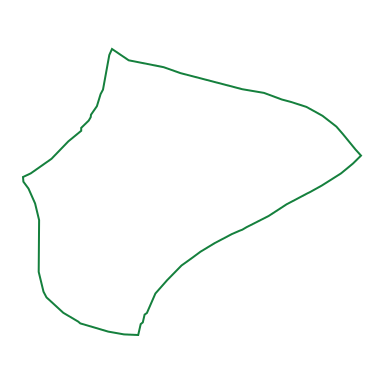 San Rafael La Independencia, Huehuetenango, Guatemala
{"feature_id": "79465075B73195694709107", "entity_name": "San Rafael La Independencia", "entity_type": "district", "adm_level": 2, "iso_a3": "GTM", "parent_name": "Guatemala", "parent_adm1": "Huehuetenango", "projection": "orthographic", "projection_center": [-91.52, 15.728], "detail": "fine", "context": "isolated", "style": "outline", "palette": "green", "viewbox_px": 384, "rotation_deg": 0, "n_neighbors": 0, "source": "geoboundaries", "source_scale": "gbopen_adm2", "svg_char_len": 865}
<svg xmlns="http://www.w3.org/2000/svg" viewBox="0 0 384 384"><path d="M138.2,335.0L140.7,324.1L142.8,322.4L144.6,314.6L146.9,313.0L155.4,293.5L167.2,280.1L181.5,265.5L192.8,257.4L200.5,251.7L214.7,243.1L231.8,234.1L239.4,230.8L242.3,229.7L246.7,227.1L268.6,216.0L286.6,204.3L307.5,193.3L309.6,192.3L321.7,185.6L329.8,180.5L341.0,173.4L353.0,163.5L361.0,155.6L355.4,149.4L350.5,143.4L342.9,134.1L336.4,126.6L322.5,115.8L306.4,106.9L290.8,101.9L281.8,99.5L264.0,92.9L242.2,89.2L180.4,73.1L163.7,67.2L128.7,60.3L112.0,49.0L109.3,55.0L103.0,89.6L100.6,94.1L96.9,106.2L91.0,114.7L90.7,117.2L88.7,120.6L81.2,127.9L81.2,130.8L68.4,141.3L51.5,158.8L30.7,173.4L23.0,177.0L23.4,181.7L28.5,188.6L35.1,203.5L39.1,220.1L38.7,271.9L43.5,291.7L46.5,297.4L63.3,312.8L78.2,321.6L80.3,323.4L108.2,331.6L124.0,334.4L138.2,335.0Z" fill="none" stroke="#15803d" stroke-width="2"/></svg>